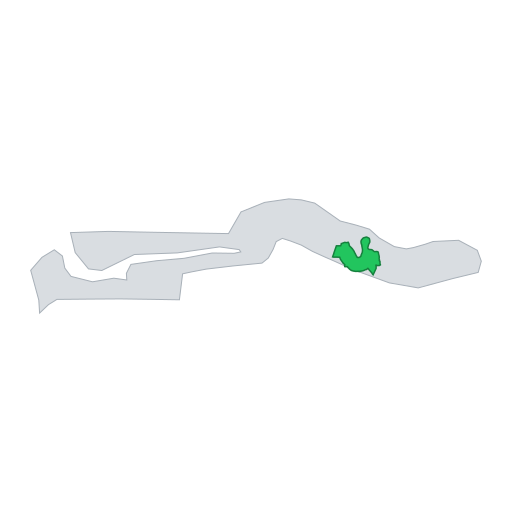 Upper Fuladu West, Central River, Gambia (highlighted)
{"feature_id": "56634734B91081024976770", "entity_name": "Upper Fuladu West", "entity_type": "district", "adm_level": 2, "iso_a3": "GMB", "parent_name": "Gambia", "parent_adm1": "Central River", "projection": "albers", "projection_center": [-14.638, 13.443], "detail": "fine", "context": "in_parent", "style": "filled", "palette": "green", "viewbox_px": 512, "rotation_deg": 0, "n_neighbors": 0, "source": "geoboundaries", "source_scale": "gbopen_adm2", "svg_char_len": 4234}
<svg xmlns="http://www.w3.org/2000/svg" viewBox="0 0 512 512"><path d="M70.5,232.6L108.5,231.4L154.7,232.3L204.9,233.2L228.5,233.6L241.0,211.9L264.6,202.4L288.8,198.9L301.4,199.9L314.7,203.1L340.2,221.0L356.1,225.1L369.5,229.2L379.1,237.9L394.3,246.6L406.3,248.9L413.4,247.6L425.3,244.2L433.1,241.5L458.6,240.3L477.3,250.3L481.3,261.2L478.2,272.4L453.0,278.5L418.2,287.9L389.4,282.9L354.3,270.1L333.8,260.9L325.3,257.2L312.5,251.4L301.3,245.1L290.5,241.0L282.3,238.4L276.2,241.6L273.1,249.4L268.3,258.0L262.0,263.1L232.6,266.0L206.2,269.1L192.0,271.8L182.6,273.8L179.4,299.8L149.6,299.3L120.2,298.9L89.7,299.1L56.9,299.4L48.5,304.6L39.6,313.1L38.8,300.1L30.7,270.3L42.0,257.3L54.3,249.8L62.4,256.0L64.8,268.1L71.0,276.4L92.5,281.8L113.8,278.2L126.8,280.0L126.4,273.3L130.9,264.4L156.8,260.7L184.1,258.3L212.2,253.0L234.2,253.3L240.8,251.9L239.2,249.6L219.5,246.9L177.3,252.9L134.4,254.5L101.8,270.5L88.5,268.9L75.2,252.6L70.5,232.6Z" fill="#d9dde1" stroke="#a8b0b8" stroke-width="1"/><path d="M341.3,243.6L341.3,243.8L341.3,244.1L341.3,244.3L341.2,244.4L341.2,244.5L341.0,244.8L341.0,245.0L341.1,245.4L341.2,245.6L341.3,245.6L340.8,245.7L340.3,245.8L336.4,245.8L335.9,247.2L335.2,249.2L334.1,252.4L333.6,254.1L332.6,256.9L333.5,257.1L334.1,257.1L336.9,257.1L337.2,257.1L337.9,257.2L338.7,257.2L339.7,257.2L340.1,258.3L340.3,258.9L340.6,259.5L341.0,260.1L341.2,260.3L341.5,260.8L341.7,261.1L342.0,261.4L342.4,262.1L342.6,262.4L342.9,262.7L342.9,262.8L343.0,262.8L343.4,263.4L343.7,263.7L344.0,263.9L344.2,264.1L344.3,264.2L344.7,264.5L344.8,264.7L344.8,265.0L344.6,265.7L344.7,266.4L344.8,266.4L345.0,266.7L347.2,266.6L347.8,267.2L348.1,267.7L348.8,268.3L349.2,268.8L349.9,269.4L350.6,269.9L350.7,270.0L351.1,270.3L351.6,270.6L352.0,270.6L352.3,270.6L352.7,270.9L353.7,271.1L354.0,271.1L354.7,271.2L354.9,271.3L355.2,271.4L355.3,271.4L355.6,271.4L355.8,271.4L356.0,271.4L356.4,271.4L356.6,271.4L356.9,271.4L357.2,271.3L358.0,271.4L358.7,271.3L359.0,271.5L359.1,271.4L359.7,271.3L360.2,271.3L360.8,271.1L361.3,271.1L361.8,271.0L362.3,270.9L362.6,270.8L363.1,270.7L363.4,270.6L363.9,270.4L364.8,270.0L365.2,269.7L365.9,269.6L366.5,269.5L366.8,269.2L367.1,269.1L367.4,268.9L367.5,268.6L367.9,268.3L368.1,268.4L368.6,269.1L369.4,270.2L369.8,270.6L371.9,273.0L372.0,273.2L372.2,273.6L372.5,274.1L372.9,274.6L373.1,274.8L374.4,272.1L376.1,268.4L376.1,266.1L375.9,265.2L376.1,265.1L376.4,265.4L376.5,265.7L376.8,265.6L377.0,265.4L377.6,265.6L377.9,265.6L378.3,265.5L378.5,265.5L379.3,265.5L379.6,265.2L379.8,265.1L380.0,265.1L380.4,264.9L380.4,264.6L380.2,264.1L380.1,263.9L380.0,263.6L380.0,263.0L380.0,262.8L380.0,262.6L380.0,262.0L380.0,261.9L379.9,261.9L379.8,261.6L379.6,261.0L379.4,260.8L379.5,260.7L379.6,260.4L379.4,260.1L379.4,259.6L379.3,259.4L379.1,258.5L379.2,257.9L379.3,257.4L379.1,255.9L378.7,254.4L378.5,253.5L378.4,252.7L378.1,252.0L377.9,251.8L376.8,251.5L375.4,251.6L374.9,251.7L374.5,251.6L374.1,251.5L374.0,251.4L372.2,249.9L371.8,249.7L371.4,249.6L369.6,249.5L369.4,249.5L368.7,249.2L368.1,248.7L367.9,248.3L367.8,248.0L367.8,247.8L368.0,246.7L368.2,246.1L368.6,244.6L368.9,243.9L369.7,242.4L369.8,241.7L369.8,240.8L369.5,239.2L369.3,238.5L369.0,238.2L368.5,237.9L368.2,237.8L367.8,237.6L366.8,237.1L366.4,237.1L365.7,237.2L365.1,237.4L364.0,237.7L363.4,237.9L363.0,238.2L362.5,238.7L361.9,239.5L361.3,240.2L361.0,241.4L361.0,241.7L361.0,242.2L361.2,243.5L361.8,245.2L361.9,246.2L361.9,246.3L362.2,247.7L362.4,249.1L362.5,249.5L362.5,250.0L362.5,250.3L362.4,251.0L362.4,251.5L362.3,252.1L362.2,252.7L362.1,252.8L361.6,253.9L361.2,254.9L361.0,255.8L360.9,255.9L360.8,256.3L360.3,256.8L359.5,257.2L358.9,257.5L358.3,257.5L357.6,257.5L357.3,257.4L357.2,257.3L356.9,256.9L356.9,256.7L356.4,256.0L356.2,255.7L356.0,255.4L355.7,254.6L355.6,254.4L355.4,254.0L355.3,253.8L355.0,253.3L354.8,252.9L354.4,252.2L354.3,251.8L354.1,251.5L353.9,251.0L353.3,250.1L353.1,249.9L352.4,248.8L351.9,248.4L351.7,248.0L351.3,247.7L351.1,247.4L350.7,247.1L350.5,246.9L349.9,246.3L349.4,245.7L349.1,244.8L349.1,244.2L348.8,243.4L348.7,243.1L348.2,242.3L348.1,242.2L347.5,242.5L346.9,242.6L346.2,242.6L345.1,242.4L344.8,242.4L344.5,242.4L343.6,242.8L342.7,243.1L341.4,243.6L341.3,243.6Z" fill="#22c55e" stroke="#15803d" stroke-width="1.5"/></svg>